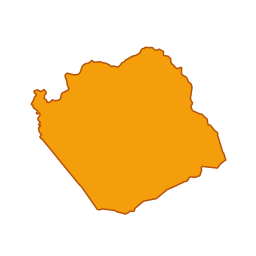 Marale, Francisco Morazán, Honduras (Natural Earth projection), rotated 56°
{"feature_id": "27666195B80016530117423", "entity_name": "Marale", "entity_type": "district", "adm_level": 2, "iso_a3": "HND", "parent_name": "Honduras", "parent_adm1": "Francisco Morazán", "projection": "natural_earth1", "projection_center": [-87.147, 14.938], "detail": "fine", "context": "isolated", "style": "filled", "palette": "amber", "viewbox_px": 256, "rotation_deg": 56, "n_neighbors": 0, "source": "geoboundaries", "source_scale": "gbopen_adm2", "svg_char_len": 5557}
<svg xmlns="http://www.w3.org/2000/svg" viewBox="0 0 256 256"><g transform="rotate(56 128 128)"><path d="M54.7,195.0L55.2,194.6L56.3,194.4L56.8,194.5L57.4,194.8L57.9,195.0L58.6,195.0L61.2,194.2L62.4,193.7L63.4,193.5L63.7,193.6L63.9,193.7L64.2,195.4L64.4,195.6L64.6,195.7L65.3,195.5L65.8,195.3L65.9,195.1L65.9,194.8L65.7,193.8L65.8,193.4L66.0,193.2L66.3,193.0L66.6,193.0L66.9,193.0L67.3,193.2L67.8,193.6L68.2,194.0L68.4,194.3L68.8,195.0L68.9,195.8L69.0,196.2L69.3,196.9L69.5,197.3L70.8,197.8L71.6,198.1L72.3,197.9L73.2,197.9L74.5,197.7L74.6,197.9L74.9,199.5L75.1,200.0L75.3,200.2L75.5,200.2L75.8,200.1L76.5,199.4L76.8,199.1L77.0,199.1L77.4,199.7L77.4,200.6L77.6,201.4L78.0,202.0L78.7,202.6L79.0,202.8L79.6,203.0L81.1,203.4L82.0,203.7L83.7,203.7L84.6,203.5L85.1,203.6L85.4,203.8L85.5,204.2L85.7,204.7L85.7,205.3L85.8,205.7L86.1,206.0L86.6,206.1L88.1,206.0L89.7,205.1L89.9,205.1L90.1,205.3L146.1,200.2L151.0,199.4L177.9,199.0L178.4,198.8L179.0,198.4L179.6,197.7L180.1,196.9L180.4,196.1L180.8,194.5L181.2,193.8L181.6,193.4L182.1,193.0L182.6,192.5L184.1,190.6L186.4,188.0L187.8,186.5L188.3,185.6L191.3,184.0L193.5,182.1L195.3,180.4L196.8,179.2L197.9,178.3L198.3,176.1L198.4,174.8L198.2,173.1L198.5,172.3L199.2,171.4L199.7,170.8L200.1,170.6L200.2,169.9L200.1,169.1L199.8,168.6L198.5,167.1L197.3,156.1L202.4,144.0L201.0,129.8L202.9,119.6L202.9,118.5L203.0,117.7L203.8,113.5L203.9,112.0L204.1,111.2L204.7,109.9L204.9,109.2L205.0,108.8L204.9,108.2L204.7,107.5L203.6,105.5L203.4,104.6L203.4,103.7L203.5,103.4L203.6,103.1L205.1,101.6L206.7,99.5L206.8,99.1L206.9,98.6L207.0,98.2L206.9,97.8L206.9,97.4L207.4,96.4L207.6,95.9L207.6,95.4L207.5,95.0L207.1,94.3L206.0,92.9L205.4,92.2L204.6,91.1L204.0,90.4L203.7,90.2L203.3,90.1L203.0,90.0L202.6,90.1L202.1,89.8L201.7,89.3L201.4,88.4L201.3,87.9L201.9,87.4L203.0,86.0L211.2,76.3L210.7,74.6L209.9,73.0L209.5,71.3L209.4,69.5L209.3,68.4L209.1,66.4L209.1,65.3L209.2,64.8L203.0,62.9L200.9,62.9L184.4,57.9L183.7,57.5L182.8,56.7L182.2,56.5L181.7,56.5L181.3,56.5L179.2,57.4L178.1,57.7L177.7,57.8L175.9,57.7L174.2,58.0L172.0,58.1L171.6,58.3L171.3,58.5L170.4,59.4L170.0,59.5L169.7,59.6L169.3,59.6L168.4,59.0L167.6,58.8L166.9,58.4L166.3,58.1L165.7,57.8L165.2,57.6L164.9,57.5L163.9,57.7L162.2,58.2L161.4,58.3L160.1,58.6L158.4,58.8L157.9,59.0L157.0,60.1L155.4,61.3L153.6,62.3L150.6,64.3L149.6,64.7L149.2,64.7L148.8,64.7L147.2,64.3L146.8,64.1L145.6,63.9L145.2,63.7L144.9,63.4L144.5,62.1L144.4,61.8L143.3,60.7L143.0,60.4L142.9,60.3L142.7,60.3L141.7,60.5L141.0,60.5L140.5,60.4L138.0,59.5L137.1,58.7L136.5,57.9L133.0,54.9L130.7,52.6L130.4,52.4L129.4,52.0L128.3,51.5L127.1,51.2L126.2,51.1L125.6,51.3L124.8,51.7L123.6,52.0L121.9,51.7L120.2,51.2L119.5,51.2L117.4,51.7L115.7,52.6L114.9,53.0L113.3,53.3L112.5,53.0L111.7,52.6L109.2,50.7L108.7,50.3L108.4,50.0L108.0,49.9L107.7,49.9L107.5,50.0L107.4,50.2L107.2,50.6L106.6,53.1L106.5,53.5L106.3,53.8L106.0,54.1L105.7,54.3L104.5,54.8L103.8,54.8L102.9,55.0L100.4,55.3L100.0,55.4L99.7,55.7L99.4,55.8L98.7,55.9L97.4,55.3L96.8,55.4L96.3,55.3L96.1,55.1L95.6,54.5L95.1,54.1L94.7,53.9L94.3,53.9L92.4,54.4L91.4,54.4L91.2,54.5L90.3,55.2L88.6,57.1L88.0,57.6L87.6,57.7L87.2,57.7L86.2,57.3L84.9,56.0L84.7,55.9L84.4,55.9L84.1,56.0L83.0,56.4L81.7,57.4L80.4,57.7L80.1,58.3L79.9,59.6L79.6,60.4L79.3,60.8L78.4,62.0L78.1,62.3L77.8,62.4L76.6,62.4L76.0,62.5L75.2,62.8L74.7,63.2L74.3,63.6L74.1,63.9L73.4,65.3L72.9,65.9L72.4,66.6L71.5,67.5L71.3,67.9L71.2,68.3L71.1,68.5L70.8,68.6L71.0,69.5L71.0,69.9L70.9,70.2L70.6,70.8L70.4,71.5L70.4,72.1L70.5,72.7L70.7,73.5L70.9,74.0L72.1,75.7L72.3,75.9L72.4,76.5L72.3,77.0L72.4,77.6L72.4,78.4L72.3,79.4L72.1,81.1L72.0,81.5L71.7,82.0L71.4,82.8L70.9,84.5L70.5,89.9L70.4,92.6L70.9,94.0L71.0,94.6L70.9,95.3L70.6,96.3L70.5,96.8L71.2,98.1L71.4,98.9L71.9,101.4L71.9,101.8L71.8,102.0L70.5,103.7L69.1,104.8L69.0,105.1L68.3,105.6L68.0,106.8L67.9,107.1L67.7,107.3L67.3,107.5L66.8,107.7L65.8,108.0L65.2,108.2L64.6,108.5L64.0,109.0L62.2,109.9L60.7,111.4L59.7,112.5L58.8,113.0L58.4,113.2L57.0,114.8L56.5,116.3L56.1,116.6L55.5,117.5L54.6,119.5L54.3,119.5L53.8,119.4L53.4,119.5L52.9,119.8L51.9,120.1L51.8,120.3L51.8,120.9L52.1,122.5L52.2,124.1L52.1,124.4L51.8,125.0L50.9,127.6L50.8,128.6L50.9,130.0L51.3,131.2L51.8,132.1L53.9,134.9L54.6,135.8L55.0,136.4L55.3,137.1L55.5,137.7L55.6,138.5L55.5,139.3L55.4,140.0L55.3,140.4L54.3,142.1L53.7,142.9L53.3,143.4L52.4,144.2L50.6,145.9L49.2,147.1L48.7,147.6L48.6,147.9L48.6,148.3L48.6,149.1L48.7,149.8L48.9,150.2L49.3,150.7L49.8,151.1L50.3,151.3L51.4,151.7L54.1,152.3L55.9,153.0L57.0,153.7L57.9,154.1L61.1,154.8L62.1,155.0L62.4,155.1L62.7,155.3L62.9,155.8L62.9,156.6L62.8,157.4L62.8,158.6L62.5,160.7L62.3,161.9L62.3,162.7L62.4,163.3L62.7,164.1L63.3,165.0L63.8,165.5L64.6,166.1L65.6,167.2L66.0,168.0L66.2,168.4L66.2,168.6L66.2,169.3L65.9,170.3L64.7,173.0L64.3,173.5L63.8,174.0L63.1,174.4L62.5,174.6L62.3,174.8L62.3,175.2L62.3,175.7L62.9,177.4L62.7,177.9L62.6,178.6L62.2,179.8L61.9,180.3L61.6,180.6L61.3,180.7L61.1,180.7L60.7,180.5L60.4,180.1L60.1,180.0L58.5,180.2L56.7,181.0L56.5,180.9L56.0,180.5L54.7,179.2L54.0,178.6L53.8,178.1L53.7,177.4L53.6,176.8L53.5,176.5L53.3,176.3L52.9,176.1L52.2,175.9L51.3,175.8L50.5,175.9L49.7,176.0L49.1,176.3L49.3,178.7L49.1,179.3L48.9,179.8L48.5,180.1L48.1,180.4L47.5,180.8L46.5,181.1L46.1,181.4L46.0,181.7L45.4,183.1L45.0,183.9L44.8,184.4L44.8,184.6L44.9,184.9L45.1,185.4L45.2,185.6L45.5,185.7L46.5,185.9L47.0,185.8L49.0,185.4L49.3,185.4L49.5,185.6L49.7,186.0L49.9,187.4L50.0,187.9L51.0,189.3L51.7,190.4L52.5,191.5L53.1,192.4L53.2,192.8L53.3,193.3L53.6,194.2L54.7,195.0Z" fill="#f59e0b" stroke="#b45309" stroke-width="1.5"/></g></svg>